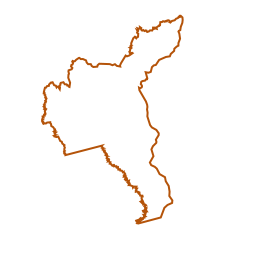 Orellana, Orellana, Ecuador, rotated 75°
{"feature_id": "8360857B2632512841058", "entity_name": "Orellana", "entity_type": "district", "adm_level": 2, "iso_a3": "ECU", "parent_name": "Ecuador", "parent_adm1": "Orellana", "projection": "mercator", "projection_center": [-76.797, -0.605], "detail": "fine", "context": "isolated", "style": "outline", "palette": "amber", "viewbox_px": 256, "rotation_deg": 75, "n_neighbors": 0, "source": "geoboundaries", "source_scale": "gbopen_adm2", "svg_char_len": 5833}
<svg xmlns="http://www.w3.org/2000/svg" viewBox="0 0 256 256"><g transform="rotate(75 128 128)"><path d="M222.9,119.5L214.5,113.5L212.6,109.8L211.8,104.8L209.4,103.9L204.4,105.7L200.2,104.3L194.5,103.7L189.2,105.3L185.1,105.0L180.7,109.4L174.7,110.7L172.4,112.2L169.9,115.2L167.0,115.8L161.8,110.7L154.7,110.9L152.0,108.6L149.7,104.6L148.7,104.1L146.5,104.1L142.8,100.2L141.0,99.7L137.2,101.1L133.6,104.8L130.9,105.9L121.8,106.3L118.3,105.1L115.0,104.8L112.7,103.8L110.5,103.5L107.0,103.8L94.5,107.2L92.0,106.9L92.8,106.2L92.3,104.3L91.7,103.8L90.5,103.6L88.9,104.3L86.9,103.3L86.4,102.0L86.6,99.2L85.7,98.1L85.8,97.1L85.3,97.1L85.0,96.5L78.7,96.5L79.9,94.0L79.7,91.5L75.4,89.1L74.2,86.9L74.3,84.8L70.3,80.3L69.2,73.0L69.6,69.0L67.5,67.5L65.5,63.5L63.4,62.7L61.9,59.8L61.5,58.0L59.0,57.3L55.2,54.6L50.1,54.0L47.9,54.3L47.3,53.7L47.0,52.2L43.9,50.8L40.5,48.3L37.7,47.2L35.3,46.8L33.2,48.1L33.1,48.7L34.1,48.7L34.3,49.4L33.7,50.3L34.7,51.3L34.9,53.3L36.0,55.0L36.0,57.9L37.1,59.8L36.6,60.3L36.5,59.9L35.1,60.2L34.4,61.1L34.3,61.9L34.9,62.8L34.4,63.0L34.5,64.7L34.9,65.0L33.9,66.5L34.4,67.4L34.1,69.4L36.8,70.4L36.7,70.9L37.4,71.3L37.2,71.7L38.3,74.6L39.6,74.6L38.9,75.7L39.0,77.1L37.9,76.4L37.5,77.8L38.7,78.1L40.1,79.4L39.4,81.5L40.1,82.8L40.2,84.6L39.2,85.2L38.7,85.0L38.3,85.6L38.6,87.0L37.3,87.9L37.6,89.1L37.2,89.5L35.7,89.9L34.9,89.3L33.7,90.3L34.5,90.4L35.0,91.6L34.3,92.7L35.3,92.4L36.5,93.0L35.6,94.0L37.0,93.7L38.3,94.6L39.5,93.7L42.5,94.7L42.7,95.8L43.5,96.8L42.3,97.5L41.0,97.3L41.8,97.9L42.6,99.6L47.0,103.0L48.4,103.2L49.2,104.1L49.6,103.5L49.9,104.2L50.8,104.1L50.9,105.3L51.4,104.8L51.0,104.4L51.6,104.0L52.3,105.4L54.4,106.3L54.6,106.9L55.9,106.9L56.5,106.7L56.4,104.6L56.9,104.2L58.3,108.1L58.5,110.5L57.4,111.5L63.7,118.1L65.6,119.6L66.6,119.6L65.1,122.7L63.0,124.1L63.3,126.8L61.6,129.0L58.5,139.1L59.5,141.1L60.8,141.8L60.1,145.7L58.7,147.0L56.7,147.4L56.0,150.0L54.0,151.0L51.9,151.0L49.7,153.7L49.2,155.8L47.7,156.8L47.6,157.3L48.7,160.5L49.7,162.0L49.6,163.2L48.9,164.1L49.5,164.7L50.9,164.2L51.6,164.6L52.4,165.3L52.4,166.3L53.7,167.1L55.6,166.2L56.7,167.2L56.9,170.4L57.9,170.9L60.4,171.0L61.1,171.7L64.0,172.7L69.3,172.2L73.2,173.9L72.8,174.4L72.1,174.4L71.3,175.6L70.9,175.3L69.9,176.1L69.4,177.8L67.1,178.5L67.0,181.2L67.5,181.8L68.8,182.1L69.4,183.2L71.3,183.2L72.9,183.9L70.0,184.8L69.7,185.9L70.2,186.5L68.5,186.7L67.5,188.3L64.3,189.0L64.2,190.8L64.8,191.1L64.8,192.0L65.7,193.1L66.8,193.5L66.6,195.4L67.8,196.8L67.6,197.8L71.5,200.0L71.9,199.7L72.7,200.3L73.0,199.6L74.4,200.0L74.8,199.4L75.6,199.7L76.7,199.4L77.1,199.9L77.7,199.5L77.7,199.9L78.8,199.5L79.6,199.8L80.2,200.9L81.2,200.5L81.4,201.0L82.0,201.0L82.0,201.6L83.4,202.7L84.0,202.4L84.1,203.2L85.5,202.9L85.6,203.3L86.4,203.1L86.3,203.5L87.3,202.9L87.5,203.3L87.9,202.9L87.9,203.4L88.5,203.1L88.6,203.5L89.1,202.8L90.2,204.0L92.6,204.0L92.5,204.4L93.5,204.6L93.4,205.5L94.0,205.5L93.8,205.8L94.2,206.3L94.5,206.0L94.9,206.8L95.7,206.8L95.3,207.5L96.0,207.5L96.0,208.0L96.1,207.7L97.2,208.5L97.8,208.1L97.8,208.8L99.1,209.2L99.9,208.5L100.2,208.9L101.1,208.2L101.7,208.8L102.1,208.6L101.9,207.1L102.4,206.2L101.8,204.8L102.3,201.6L103.3,201.8L104.2,201.3L106.2,201.6L107.8,200.1L109.3,199.5L109.4,198.9L109.5,199.4L110.3,199.5L110.5,198.8L111.1,198.9L111.1,198.6L111.3,199.3L111.9,198.9L112.2,199.9L112.4,199.5L112.9,199.9L113.0,199.5L113.5,199.9L113.7,199.2L114.1,200.1L115.1,199.8L115.8,200.3L116.0,199.9L116.1,200.5L116.4,199.9L116.4,200.5L117.1,200.4L117.3,200.9L118.2,199.5L118.3,197.6L123.1,196.8L124.1,195.5L126.0,195.5L128.1,193.8L128.6,194.4L130.7,194.1L131.6,194.9L133.2,195.3L133.7,195.0L134.0,195.8L134.8,195.6L135.4,196.1L136.2,195.5L136.4,195.8L136.7,195.4L137.3,195.5L137.5,195.1L138.0,195.3L138.3,157.8L138.6,158.3L140.2,157.6L140.5,158.0L141.0,157.3L141.0,157.8L141.3,157.5L142.4,158.1L143.6,156.4L144.3,157.3L145.0,157.2L145.3,156.5L145.8,156.7L146.2,156.0L147.6,156.4L147.8,156.0L147.2,155.7L147.7,155.2L148.7,155.3L148.8,156.2L149.4,155.6L149.3,156.0L150.9,155.7L151.6,156.5L152.2,156.2L152.7,155.2L153.4,155.9L153.6,155.0L154.9,155.9L154.8,155.3L155.1,155.5L155.3,154.8L155.9,154.8L156.3,154.2L157.1,154.6L157.0,154.0L158.0,154.4L158.3,153.8L158.9,153.7L158.9,154.1L159.2,153.4L159.9,153.5L159.6,153.3L160.4,152.9L160.1,151.7L161.1,151.5L160.8,151.0L161.4,151.0L161.9,149.6L162.8,149.4L162.4,148.9L163.2,148.7L163.2,147.8L165.1,148.1L165.4,147.3L165.8,147.6L166.0,146.4L167.1,146.5L167.7,144.9L169.5,144.4L169.3,143.6L169.8,143.8L170.3,143.1L171.8,142.6L172.5,144.0L173.3,143.2L173.4,144.2L174.0,144.7L174.5,142.9L175.9,142.3L176.1,142.8L175.7,143.2L176.8,144.3L178.1,143.5L177.7,142.2L179.6,142.2L179.3,140.8L179.9,141.1L179.7,141.7L180.3,141.4L180.5,142.5L181.7,141.9L181.0,141.8L182.0,140.7L182.6,140.8L182.4,141.5L183.3,142.1L183.5,141.2L185.5,138.5L186.9,138.6L186.1,137.4L186.8,135.1L188.0,136.2L188.7,134.9L190.2,136.6L191.6,137.0L191.6,135.6L193.1,135.0L192.5,134.5L193.2,133.6L193.5,133.7L193.1,134.6L194.3,134.6L194.9,133.8L196.5,133.7L197.1,131.6L198.0,131.6L198.0,132.5L199.2,133.1L201.4,132.9L201.5,133.6L202.5,133.8L202.5,134.8L204.2,133.8L203.9,133.1L202.8,133.3L202.6,132.6L204.9,132.3L205.2,133.0L205.7,133.1L205.6,132.3L206.8,131.8L206.6,131.0L207.3,130.6L207.9,132.4L208.6,132.0L210.6,132.3L210.1,130.9L210.7,131.1L211.3,132.1L211.9,131.9L211.1,132.8L211.8,133.5L211.9,135.0L212.5,134.9L212.2,133.9L213.0,133.6L213.2,131.7L213.7,131.6L214.3,133.4L213.8,133.4L213.8,134.1L215.2,133.5L216.0,132.7L215.6,133.7L216.3,134.0L216.0,135.1L217.7,134.1L217.5,135.4L218.8,135.3L218.8,136.6L219.9,137.2L220.1,138.1L219.3,138.2L219.9,138.8L218.4,139.3L218.7,139.9L219.5,139.8L219.6,141.2L220.7,140.8L219.9,141.9L219.4,141.5L219.6,144.1L220.3,144.0L220.4,143.3L221.3,143.5L220.8,142.6L221.5,142.0L222.0,142.5L221.7,141.7L222.5,143.5L222.9,142.8L222.9,119.5Z" fill="none" stroke="#b45309" stroke-width="2"/></g></svg>